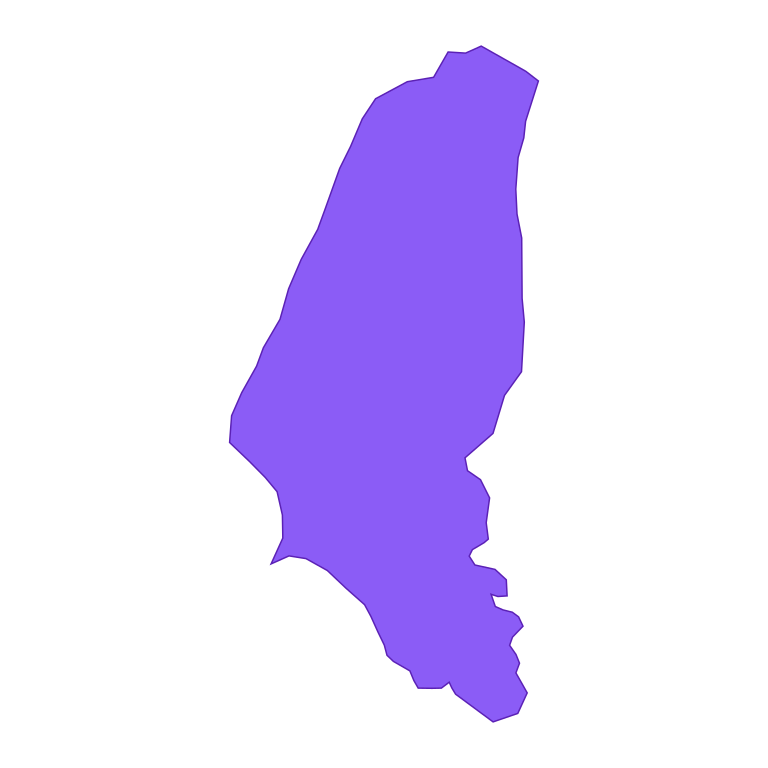 Ahoada West, Rivers, Nigeria
{"feature_id": "59680162B31457176745984", "entity_name": "Ahoada West", "entity_type": "district", "adm_level": 2, "iso_a3": "NGA", "parent_name": "Nigeria", "parent_adm1": "Rivers", "projection": "robinson", "projection_center": [6.521, 5.02], "detail": "fine", "context": "isolated", "style": "filled", "palette": "violet", "viewbox_px": 768, "rotation_deg": 0, "n_neighbors": 0, "source": "geoboundaries", "source_scale": "gbopen_adm2", "svg_char_len": 1226}
<svg xmlns="http://www.w3.org/2000/svg" viewBox="0 0 768 768"><path d="M525.8,71.3L503.7,58.8L481.2,46.1L465.6,53.1L448.1,52.0L433.6,77.3L407.3,81.7L375.6,98.7L362.3,118.8L350.6,146.4L339.7,168.4L324.5,210.8L322.7,215.7L318.6,226.9L317.8,229.2L301.2,259.4L288.6,288.8L287.6,292.4L280.0,319.3L263.4,347.7L256.6,366.1L241.7,392.7L231.6,415.7L229.6,442.5L249.4,461.4L265.3,477.5L277.1,491.7L282.4,515.0L282.7,531.2L282.8,538.1L271.1,563.9L289.0,555.9L306.0,558.6L327.3,570.5L346.1,588.3L364.6,604.7L370.9,616.4L378.0,632.1L384.3,645.1L387.0,655.3L393.4,661.4L409.9,670.9L413.9,680.6L418.2,688.1L432.0,688.3L441.4,688.1L449.2,682.2L451.8,687.9L455.6,694.2L493.1,721.9L498.3,720.1L517.8,713.4L527.2,692.9L521.8,683.3L515.9,672.9L519.5,663.2L516.0,654.5L509.6,645.3L512.5,637.1L523.0,626.2L518.6,616.9L512.3,612.2L503.0,609.9L495.3,606.5L491.1,594.3L497.9,596.5L507.1,595.9L506.3,579.8L495.0,569.4L474.9,565.0L469.2,556.1L472.4,549.6L484.2,542.6L488.3,539.1L486.2,522.7L489.6,497.9L480.5,479.7L467.5,470.7L465.0,457.8L493.0,433.4L504.5,395.4L521.5,371.7L524.3,322.1L522.1,298.3L521.7,238.0L517.0,214.0L515.8,189.2L518.1,157.6L523.8,137.9L525.6,121.3L538.4,81.0L525.8,71.3Z" fill="#8b5cf6" stroke="#5b21b6" stroke-width="1.5"/></svg>